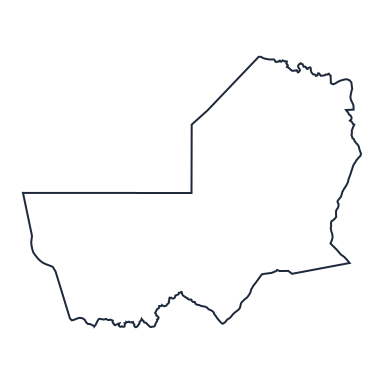 outline of Evinayong, Centro Sur, Equatorial Guinea
{"feature_id": "11065452B18175278434840", "entity_name": "Evinayong", "entity_type": "district", "adm_level": 2, "iso_a3": "GNQ", "parent_name": "Equatorial Guinea", "parent_adm1": "Centro Sur", "projection": "robinson", "projection_center": [10.451, 1.358], "detail": "fine", "context": "isolated", "style": "outline", "palette": "slate", "viewbox_px": 384, "rotation_deg": 0, "n_neighbors": 0, "source": "geoboundaries", "source_scale": "gbopen_adm2", "svg_char_len": 5980}
<svg xmlns="http://www.w3.org/2000/svg" viewBox="0 0 384 384"><path d="M258.7,56.8L207.6,110.3L191.7,124.6L191.5,193.0L23.0,192.9L32.0,235.9L31.2,242.3L31.5,245.2L32.2,249.0L33.2,252.2L34.7,254.5L37.7,258.3L40.2,260.8L43.3,263.0L46.4,264.4L49.7,265.6L52.7,266.8L55.6,271.6L69.2,316.0L69.8,318.2L71.7,320.3L74.2,319.8L75.7,319.0L79.4,317.8L82.2,318.2L84.6,319.6L86.0,322.1L87.8,323.9L90.2,324.1L94.2,326.1L94.3,326.5L95.5,325.0L98.0,320.1L98.8,319.0L99.1,318.9L99.7,318.8L102.8,319.4L103.6,319.5L104.6,319.4L105.9,318.9L106.2,319.0L107.2,319.6L108.1,320.0L109.1,320.0L109.4,319.9L110.0,319.7L110.5,319.6L111.4,320.1L112.8,320.6L112.9,320.8L112.6,321.7L112.6,322.2L112.8,322.7L113.2,323.3L113.7,323.5L113.8,324.0L113.9,324.3L114.4,324.8L114.8,325.1L115.3,325.1L115.7,324.9L117.0,324.4L118.1,323.8L119.4,323.4L119.0,324.2L118.9,324.6L118.9,325.0L118.9,325.5L119.2,326.1L119.5,326.4L119.9,326.6L120.7,326.8L121.1,326.7L121.4,326.6L121.8,326.3L122.2,326.5L123.2,326.8L123.7,326.8L124.0,326.7L124.4,326.5L124.7,326.1L124.8,325.8L124.8,325.3L124.8,324.2L124.6,323.2L125.4,323.2L125.6,323.1L126.1,322.6L126.3,322.3L126.3,321.9L126.8,322.1L127.2,322.2L127.9,322.1L128.9,321.7L129.1,321.7L129.7,322.1L130.1,322.3L131.1,322.4L131.9,322.3L133.0,322.0L133.2,323.1L133.4,323.4L134.4,324.5L134.3,325.2L134.2,325.7L134.4,326.2L135.1,326.9L135.4,327.1L136.0,327.2L136.4,327.0L137.1,326.6L137.4,326.3L138.1,325.2L139.2,323.9L139.4,323.6L139.5,323.0L139.5,322.7L139.4,322.2L140.8,320.7L141.1,320.3L141.5,319.3L141.6,318.9L142.0,319.4L142.8,320.5L143.4,320.8L143.6,321.2L143.7,321.7L144.1,322.3L144.4,322.5L144.9,322.6L145.5,322.7L146.0,322.8L147.1,324.0L149.1,326.0L150.1,326.8L150.7,327.0L151.2,327.0L152.0,326.8L153.9,326.5L154.4,326.3L154.9,325.7L155.2,325.0L155.3,324.4L155.7,323.4L156.3,322.2L156.7,321.8L157.1,321.2L157.2,320.7L157.2,320.1L157.1,319.7L156.8,319.3L156.4,319.0L157.0,319.3L157.5,319.2L157.9,319.1L158.3,318.7L158.5,318.4L158.6,317.9L158.5,317.3L158.4,317.1L158.1,316.7L156.3,315.5L156.3,314.7L156.0,314.0L155.5,313.4L155.1,313.0L155.8,311.8L156.8,309.7L157.1,309.2L158.5,308.4L158.8,308.1L159.1,307.4L159.2,306.9L159.2,306.0L160.1,306.1L160.9,306.1L161.4,305.8L161.9,305.0L162.7,305.7L163.6,306.1L164.9,306.1L165.5,306.0L166.1,305.7L166.3,305.6L166.6,305.2L167.4,304.0L168.0,303.7L168.3,303.5L168.6,303.1L168.8,302.8L169.0,302.1L168.7,301.5L168.9,301.2L169.2,300.4L169.3,299.3L169.3,298.3L169.4,298.0L169.7,297.6L170.0,297.8L170.4,298.0L170.7,298.0L171.3,297.8L171.6,298.1L171.9,298.3L172.6,298.5L173.2,298.5L174.0,298.2L174.4,298.0L174.8,297.4L175.0,297.1L175.3,296.0L175.4,295.5L175.9,295.3L176.4,295.2L176.8,295.1L177.2,294.8L177.9,294.6L178.3,294.4L178.7,293.8L178.8,293.2L178.8,292.8L179.9,292.8L180.3,292.7L180.8,292.3L181.2,291.9L181.6,291.9L182.0,293.5L182.7,295.1L183.0,295.5L184.7,296.7L185.7,297.2L186.6,298.0L187.0,298.2L187.6,298.2L187.9,298.8L188.2,299.2L188.9,299.5L189.3,299.6L190.7,299.5L191.4,299.7L191.6,300.5L191.9,301.0L192.9,301.9L193.3,302.0L194.7,301.9L195.0,302.1L195.4,303.7L195.8,304.0L197.2,304.8L198.4,305.0L199.4,305.1L200.7,305.8L203.1,306.4L205.0,306.6L206.9,307.5L207.8,308.4L208.6,309.3L209.0,309.5L210.0,309.8L211.3,310.5L212.4,311.2L213.5,312.2L213.9,312.7L213.9,313.4L214.1,313.8L215.9,316.2L216.8,317.6L218.4,319.7L221.6,323.2L222.4,323.7L222.8,323.7L224.5,322.7L225.5,321.7L226.3,320.7L227.2,319.6L229.3,318.3L230.2,317.6L233.3,313.9L234.7,312.6L237.9,310.2L239.2,309.0L239.8,308.1L239.9,307.8L240.6,305.2L240.8,304.0L241.2,303.0L242.0,302.0L244.7,299.3L246.2,298.1L247.3,297.2L249.1,294.8L250.3,292.6L251.3,289.3L253.4,285.7L255.6,282.9L261.8,274.4L264.0,273.9L271.6,272.9L276.3,271.0L277.1,270.0L279.7,271.0L284.7,271.0L288.3,270.9L292.0,273.8L349.6,263.0L346.6,259.4L344.3,257.0L340.8,254.5L337.2,250.2L330.5,243.5L332.2,239.3L332.6,236.8L332.6,236.5L332.2,233.8L331.4,231.7L331.0,229.6L330.7,227.8L331.2,226.1L331.2,225.7L331.0,224.2L331.0,223.3L331.3,221.6L331.5,221.1L333.1,220.3L334.6,218.9L336.2,216.9L336.2,216.7L336.0,214.0L336.1,210.7L337.0,209.1L337.9,207.9L338.6,205.6L338.5,203.8L337.8,202.8L337.5,201.9L337.6,201.1L338.4,199.8L340.9,196.9L341.6,194.7L342.3,192.1L344.0,188.9L346.1,185.8L347.8,182.5L348.5,179.5L349.2,177.5L350.5,174.1L350.9,172.8L351.6,170.5L352.4,168.3L353.0,166.2L353.9,164.3L355.4,162.1L356.3,160.4L358.6,157.7L360.3,156.0L361.0,153.7L360.3,151.8L359.5,149.7L359.1,147.8L358.5,145.9L357.4,144.4L355.8,142.7L354.5,140.9L354.1,139.6L353.5,138.8L352.5,138.2L351.9,135.9L351.4,134.9L351.9,133.3L351.8,130.6L353.3,126.7L354.3,124.6L353.2,124.2L352.7,123.3L352.0,122.2L351.8,121.9L351.1,121.3L350.1,120.9L349.9,120.7L350.5,120.2L351.1,119.5L351.5,118.8L351.5,118.4L351.5,117.3L351.3,116.8L350.5,115.6L350.2,115.2L349.3,114.8L349.0,114.5L348.5,113.4L348.1,112.5L347.9,112.2L347.0,111.4L346.0,110.0L353.6,109.6L353.5,105.4L352.5,103.0L350.9,99.9L350.4,97.0L350.8,94.4L351.7,90.4L352.2,88.7L351.7,85.2L351.4,82.5L349.6,80.3L346.6,79.2L344.0,79.6L340.3,80.7L337.8,81.9L335.2,83.5L332.9,84.3L330.9,83.1L330.6,75.6L330.0,75.3L329.2,74.3L328.8,73.7L326.8,74.7L325.7,74.5L324.6,75.3L323.5,75.5L320.9,75.8L319.9,74.6L319.2,73.5L318.2,73.3L317.4,75.3L315.9,75.9L315.3,74.7L313.8,74.3L313.0,74.3L312.2,73.3L311.7,72.7L311.2,71.8L310.8,70.3L310.8,68.5L310.3,67.4L308.9,67.7L308.1,68.0L307.8,68.8L307.1,69.0L306.5,68.5L305.9,67.3L305.5,66.8L304.9,66.5L304.2,66.8L303.5,66.7L303.0,65.3L302.7,64.3L301.4,63.9L300.7,63.2L300.0,63.8L298.9,64.5L298.1,65.9L298.1,66.7L298.5,67.6L299.2,68.5L299.8,69.4L299.9,70.2L299.6,71.1L298.7,72.1L297.9,72.4L297.2,71.3L297.2,70.6L296.2,70.2L295.4,70.6L292.1,70.8L290.0,69.1L289.0,68.1L287.9,67.4L286.9,66.9L287.1,66.5L287.7,66.4L287.9,65.6L287.2,64.4L286.3,63.6L286.6,62.6L286.9,62.0L286.8,61.4L285.2,61.3L284.6,61.4L284.2,61.1L282.7,60.4L281.7,61.2L281.1,61.7L280.3,61.5L280.0,60.7L279.6,60.6L278.5,61.6L277.4,61.6L276.2,62.1L275.2,61.4L274.6,60.0L273.7,59.4L270.7,59.5L269.1,59.4L266.4,59.0L265.2,58.7L263.3,58.1L261.0,56.9L258.7,56.8Z" fill="none" stroke="#1e293b" stroke-width="2"/></svg>